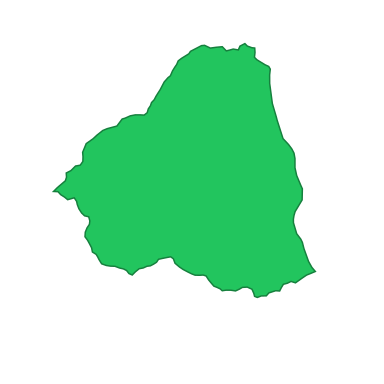 outline of Juarina, Tocantins, Brazil, rotated 154°
{"feature_id": "56859067B90151409267562", "entity_name": "Juarina", "entity_type": "district", "adm_level": 2, "iso_a3": "BRA", "parent_name": "Brazil", "parent_adm1": "Tocantins", "projection": "mercator", "projection_center": [-49.096, -8.132], "detail": "fine", "context": "isolated", "style": "filled", "palette": "green", "viewbox_px": 384, "rotation_deg": 154, "n_neighbors": 0, "source": "geoboundaries", "source_scale": "gbopen_adm2", "svg_char_len": 2194}
<svg xmlns="http://www.w3.org/2000/svg" viewBox="0 0 384 384"><g transform="rotate(154 192 192)"><path d="M67.8,268.1L68.0,271.2L70.7,274.5L75.7,282.4L76.8,285.7L74.2,289.8L72.5,293.9L74.9,295.4L78.3,298.9L79.4,302.2L84.9,302.1L88.1,299.4L92.3,302.4L96.2,303.1L99.3,303.8L101.1,309.3L106.9,311.5L112.4,313.3L116.4,318.3L119.3,319.4L131.7,319.1L134.2,317.6L142.9,316.7L146.9,315.9L149.9,313.3L152.6,311.8L156.4,309.4L160.5,305.9L163.4,305.3L168.7,303.1L175.9,297.8L178.9,296.0L182.4,293.8L185.5,291.5L189.2,290.1L191.6,287.7L194.8,285.9L197.5,282.9L201.3,282.1L204.7,284.0L209.2,286.2L214.1,287.5L219.7,287.7L222.8,288.2L226.1,286.5L230.6,284.2L240.4,286.1L245.2,286.4L252.4,284.8L257.7,283.2L265.8,281.9L272.9,275.6L274.5,271.5L276.7,267.3L280.7,265.1L285.3,266.4L291.4,264.3L296.7,264.2L298.3,260.3L300.9,257.6L311.0,255.0L316.2,253.2L312.3,251.0L311.2,247.2L308.8,243.3L307.1,239.6L303.2,238.9L300.4,238.4L299.8,234.2L300.6,231.0L301.0,226.5L300.4,221.5L299.0,217.7L295.7,215.0L296.5,210.8L298.4,207.9L302.0,205.8L305.5,202.7L307.8,198.7L307.0,194.5L306.8,190.0L306.7,185.9L307.8,181.7L305.5,178.0L305.2,175.0L305.2,172.0L304.7,167.1L301.3,163.6L297.9,161.2L293.8,159.0L290.4,155.4L287.3,152.9L285.2,150.1L284.4,146.3L282.1,143.6L277.8,145.1L273.1,146.2L269.1,145.1L265.0,145.0L261.8,143.9L258.2,144.0L254.7,144.4L251.6,146.2L247.4,145.2L242.8,144.0L239.6,143.1L238.0,140.2L238.5,135.4L236.1,130.0L233.9,126.2L230.9,122.1L228.2,118.6L225.7,115.9L221.6,113.8L218.4,112.5L216.1,110.3L215.6,105.8L214.6,101.6L213.6,97.8L211.4,95.4L209.2,92.7L208.1,90.0L204.3,88.8L200.3,86.8L196.2,84.0L191.9,83.9L188.6,84.2L184.0,82.3L180.7,78.3L180.9,73.7L181.5,70.8L179.5,68.6L175.3,68.2L170.7,66.1L167.2,67.6L163.6,67.1L160.1,66.6L156.6,64.6L153.6,66.9L150.3,69.0L146.3,68.2L142.2,68.2L138.8,65.0L135.1,65.6L130.3,66.4L125.4,67.1L121.4,66.8L116.0,66.5L117.3,71.7L117.7,78.5L116.2,92.1L114.9,98.3L114.9,102.0L116.2,108.6L114.3,119.9L112.8,123.1L110.7,126.1L107.9,129.2L96.5,136.6L91.4,146.5L91.3,150.3L90.7,160.9L88.8,168.7L84.8,176.9L83.3,182.2L83.4,186.9L84.4,192.3L86.8,200.1L84.0,219.3L83.4,222.2L81.0,236.3L74.6,255.5L70.9,263.2L67.8,268.1Z" fill="#22c55e" stroke="#15803d" stroke-width="1.5"/></g></svg>